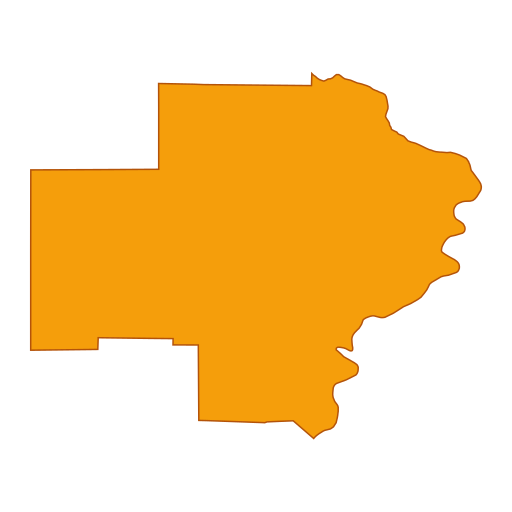 outline of Formosa, Formosa, Argentina
{"feature_id": "61730980B62878855706265", "entity_name": "Formosa", "entity_type": "district", "adm_level": 2, "iso_a3": "ARG", "parent_name": "Argentina", "parent_adm1": "Formosa", "projection": "mercator", "projection_center": [-58.059, -25.972], "detail": "fine", "context": "isolated", "style": "filled", "palette": "amber", "viewbox_px": 512, "rotation_deg": 0, "n_neighbors": 0, "source": "geoboundaries", "source_scale": "gbopen_adm2", "svg_char_len": 3974}
<svg xmlns="http://www.w3.org/2000/svg" viewBox="0 0 512 512"><path d="M313.7,438.5L314.3,437.7L315.8,436.2L317.1,435.1L319.0,433.7L321.1,432.4L323.3,431.0L324.9,430.3L327.0,429.8L329.0,429.3L330.5,428.9L332.4,427.6L333.5,426.8L335.7,423.3L336.1,422.8L336.3,421.9L337.0,418.9L337.3,417.7L337.7,415.3L338.0,412.7L338.2,411.3L338.2,409.2L338.2,407.3L337.7,405.6L337.0,404.5L334.7,401.4L333.1,397.4L332.7,394.8L332.8,392.0L332.9,391.3L333.1,389.1L333.3,387.6L333.4,387.4L333.8,386.4L334.4,385.3L335.4,384.2L336.6,383.4L346.1,379.9L353.1,376.4L356.0,374.9L357.0,373.6L357.6,372.3L357.9,371.2L358.0,371.1L358.1,370.0L358.2,368.3L358.2,367.2L357.8,366.1L356.9,364.6L354.4,362.8L343.7,356.7L342.0,355.0L341.2,354.2L337.6,351.0L336.5,350.1L336.3,350.0L336.2,349.6L336.2,349.0L336.2,348.9L336.3,348.3L336.8,347.8L337.3,347.4L338.1,347.2L339.1,347.2L339.8,347.3L340.2,347.3L341.5,347.5L343.7,347.9L345.8,348.6L348.8,350.2L349.8,350.7L350.7,350.9L351.2,350.9L352.0,350.7L352.3,350.4L352.4,350.1L352.6,349.8L352.7,349.0L352.7,348.3L352.7,347.5L352.4,346.1L352.2,344.8L352.0,342.6L351.8,339.3L352.0,337.7L352.4,336.4L353.1,334.8L354.5,332.8L357.0,330.2L358.8,328.5L359.1,328.2L360.5,326.0L361.6,324.2L362.4,321.9L362.9,320.5L363.4,319.5L364.5,318.8L365.7,318.0L368.4,316.9L370.5,316.2L372.8,315.8L374.3,315.9L376.5,316.5L380.0,317.4L381.2,317.6L382.8,317.6L384.9,317.3L393.5,313.1L403.5,306.7L410.6,303.6L417.6,299.6L421.0,297.2L423.2,294.5L423.7,293.9L424.5,292.9L426.8,289.8L427.8,287.8L428.2,287.1L428.8,285.8L429.4,284.5L430.3,283.5L430.8,283.1L431.7,282.3L437.8,278.7L441.0,276.8L443.6,276.0L448.5,275.2L456.2,272.5L457.5,271.7L458.1,271.0L458.5,270.3L458.9,269.4L459.3,268.3L459.4,266.9L459.3,266.0L459.2,265.2L458.9,264.2L458.4,263.3L457.8,262.4L456.8,261.4L454.3,259.5L453.8,259.3L448.7,256.5L444.9,254.2L442.8,252.7L442.0,252.1L441.7,251.4L441.4,250.7L441.6,248.8L441.9,247.2L442.6,245.5L443.4,243.9L444.4,242.1L446.3,239.6L447.9,238.0L449.9,236.6L451.4,236.1L455.3,235.3L462.6,233.1L463.6,232.3L464.4,231.4L464.7,230.6L465.0,229.3L465.0,228.3L464.8,226.9L464.3,226.0L463.7,224.7L462.9,223.6L462.7,223.5L460.8,222.0L456.1,219.0L456.1,218.9L455.2,217.8L454.2,215.8L453.9,214.1L453.7,212.2L453.7,210.4L453.9,209.2L454.4,207.7L455.3,206.3L456.0,205.1L457.6,203.8L459.1,203.0L462.5,201.7L464.8,201.3L467.0,201.2L470.2,201.1L472.9,200.4L474.9,198.9L476.8,196.7L480.7,190.4L481.1,189.0L481.3,187.6L481.3,186.3L481.0,185.1L480.7,183.9L480.2,183.0L479.6,181.9L479.2,181.3L478.7,180.5L473.5,173.4L473.0,172.7L471.5,170.8L471.3,170.6L471.2,170.3L470.7,168.5L470.6,167.9L470.1,165.7L469.7,164.4L469.3,163.5L468.9,162.7L468.7,162.2L468.5,161.4L468.3,161.3L467.6,160.3L467.0,159.3L466.3,158.4L464.1,157.3L461.9,156.2L459.7,155.1L457.5,154.3L455.2,153.5L454.4,153.3L452.8,152.9L450.5,152.3L446.9,152.6L444.5,152.4L442.1,152.2L439.7,152.1L436.0,151.7L433.7,151.1L431.4,150.2L429.1,149.6L425.8,148.1L423.6,147.0L420.3,145.4L418.1,144.4L415.9,143.4L413.6,142.7L411.2,142.1L407.9,140.8L406.3,139.0L403.8,136.3L401.6,135.4L398.3,134.0L396.8,132.1L394.6,131.1L391.5,129.5L390.9,127.2L389.7,125.4L389.3,123.0L388.1,120.9L386.7,118.8L385.5,116.7L385.9,114.4L386.7,112.1L387.9,108.7L388.0,106.2L387.4,102.6L387.0,100.2L386.1,96.6L384.9,94.6L382.8,93.3L379.4,92.1L377.2,91.0L375.0,90.2L372.8,89.2L369.9,87.0L366.6,85.6L364.3,84.9L362.0,84.1L359.7,83.5L357.3,83.0L353.9,81.6L350.6,80.2L347.1,79.4L344.7,78.8L342.7,77.5L340.8,75.9L338.8,74.6L336.4,74.6L334.5,76.1L332.7,77.8L330.5,78.8L328.1,79.0L326.0,80.2L323.9,81.1L321.5,80.4L319.3,79.5L317.3,78.2L315.5,76.5L313.5,75.2L311.8,73.5L311.5,85.6L203.7,84.6L193.9,84.2L158.6,83.5L158.7,108.5L158.7,169.3L104.9,169.6L30.8,169.9L30.7,250.0L30.7,251.9L30.7,261.2L30.7,276.0L30.7,350.2L90.3,349.5L97.8,349.4L98.2,337.7L104.9,337.8L151.8,338.4L173.1,338.6L173.0,344.9L198.3,345.0L198.8,420.4L206.7,420.6L263.0,422.6L264.8,422.7L267.0,421.9L273.4,421.6L280.2,421.3L293.2,420.8L313.0,437.9L313.7,438.5Z" fill="#f59e0b" stroke="#b45309" stroke-width="1.5"/></svg>